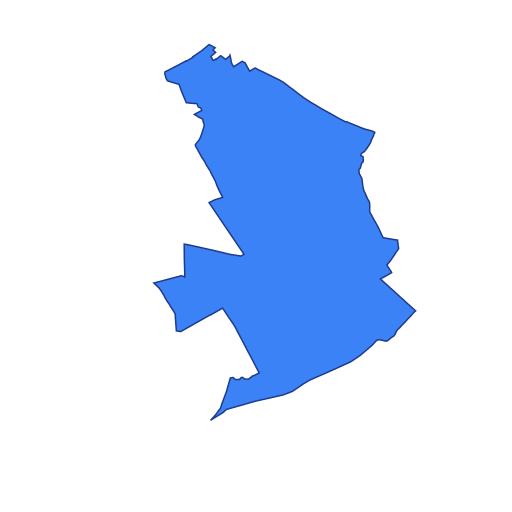 the district of Zacatelco, Tlaxcala, Mexico, rotated 298°
{"feature_id": "50627088B32824075530997", "entity_name": "Zacatelco", "entity_type": "district", "adm_level": 2, "iso_a3": "MEX", "parent_name": "Mexico", "parent_adm1": "Tlaxcala", "projection": "mercator", "projection_center": [-98.258, 19.197], "detail": "fine", "context": "isolated", "style": "filled", "palette": "blue", "viewbox_px": 512, "rotation_deg": 298, "n_neighbors": 0, "source": "geoboundaries", "source_scale": "gbopen_adm2", "svg_char_len": 6053}
<svg xmlns="http://www.w3.org/2000/svg" viewBox="0 0 512 512"><g transform="rotate(298 256 256)"><path d="M165.6,358.0L171.5,361.6L188.6,375.1L207.1,389.3L217.2,394.7L231.6,400.4L238.0,402.1L239.4,403.2L240.4,405.4L241.8,410.8L242.6,411.7L243.9,412.4L247.6,413.8L249.7,415.1L251.3,415.5L253.7,415.5L255.5,415.3L257.6,415.6L260.3,416.6L263.2,417.3L265.3,417.9L267.8,418.7L271.3,419.5L276.1,420.9L280.5,421.9L282.5,422.7L282.6,422.1L282.7,421.8L283.2,420.0L283.3,419.5L283.6,418.2L284.0,416.7L284.7,413.9L284.8,413.3L285.2,411.8L285.6,410.2L286.0,408.8L286.1,408.3L286.2,408.0L286.4,407.4L286.7,405.9L287.0,404.7L287.5,402.6L288.2,400.1L288.8,397.6L289.3,395.7L289.4,395.4L289.8,393.9L290.0,392.9L290.5,391.0L290.9,389.3L291.2,388.0L291.7,386.4L292.0,385.2L292.6,382.5L293.2,380.4L294.1,376.6L295.7,377.6L297.8,379.1L299.6,380.2L302.4,382.0L305.0,383.6L305.4,383.1L306.3,381.5L306.6,381.0L307.3,379.6L308.0,378.4L308.2,377.9L308.8,376.9L309.2,376.1L309.7,375.8L310.6,376.0L312.9,376.5L313.7,376.7L314.4,376.8L315.5,377.0L317.2,377.2L318.5,377.3L320.2,377.5L321.5,377.7L323.1,377.8L324.5,377.9L325.6,378.0L326.8,378.2L327.7,378.3L328.9,378.4L329.7,378.4L330.6,377.7L332.8,376.0L333.2,375.8L333.8,375.4L336.2,373.6L336.5,373.5L336.4,373.3L335.8,371.5L334.7,368.4L332.9,362.8L331.9,359.7L333.2,357.7L337.0,352.8L338.8,350.3L340.9,347.1L342.1,345.4L342.7,344.2L345.3,340.3L346.5,338.6L347.9,336.2L349.2,335.2L352.4,333.6L353.7,332.9L356.2,331.3L357.2,330.4L357.8,329.5L358.3,328.5L359.1,327.3L361.0,325.0L363.3,322.1L363.9,321.0L367.1,318.1L368.0,317.4L372.2,314.5L373.8,313.3L374.2,313.0L375.2,311.5L376.8,309.2L377.4,308.3L378.2,307.8L380.0,306.7L381.0,306.2L381.4,306.4L382.2,306.8L382.8,306.8L383.4,306.6L385.4,306.2L386.8,305.8L387.6,305.8L389.0,306.3L389.4,306.3L390.1,306.2L391.2,305.7L392.6,304.7L393.3,304.3L394.0,303.7L394.1,303.1L393.7,302.0L393.8,301.4L394.1,301.2L394.6,301.1L395.3,301.0L396.3,301.1L397.6,301.7L398.1,302.1L399.2,302.8L400.6,302.9L402.6,303.2L403.2,303.5L404.6,303.4L405.8,303.7L410.1,303.9L412.4,303.5L417.0,303.3L419.0,302.9L419.9,303.0L420.9,302.9L421.0,302.6L421.0,301.9L420.8,299.7L420.1,296.6L420.1,296.3L420.0,296.1L419.5,294.0L419.2,292.5L418.6,288.4L417.8,280.3L417.3,275.5L417.1,272.9L417.0,272.6L416.9,272.5L416.4,271.6L416.5,270.0L416.4,267.5L416.4,263.8L416.7,254.8L416.8,244.1L417.0,241.7L417.1,239.5L417.2,238.4L417.2,237.9L417.4,231.8L417.9,226.5L418.3,223.0L419.4,216.0L420.1,211.9L420.3,210.8L420.9,206.8L420.9,206.2L421.5,203.5L421.6,202.8L422.2,198.6L422.4,194.2L422.2,187.7L422.1,183.5L422.0,180.7L421.8,175.1L421.6,171.4L421.6,169.6L421.6,166.9L420.8,166.4L419.4,165.5L416.2,163.6L417.3,162.0L417.9,161.0L421.4,155.7L421.4,154.1L421.4,152.4L418.1,150.5L412.6,147.4L414.2,144.8L415.0,143.8L416.1,142.7L417.1,142.1L420.6,139.2L421.0,138.8L420.4,138.9L415.4,136.9L416.3,131.0L416.2,130.8L415.1,130.3L413.3,129.5L412.4,129.1L410.9,128.5L411.1,128.1L408.5,126.5L409.2,125.3L410.2,123.9L411.0,122.4L416.8,124.8L417.7,121.2L420.7,122.2L420.7,118.3L420.7,116.6L420.7,115.4L419.7,114.9L415.5,113.2L413.3,112.3L411.2,111.4L406.6,109.0L402.2,106.6L401.9,107.0L395.7,103.4L395.7,102.8L392.5,100.7L388.2,97.8L386.5,96.6L385.3,95.7L383.0,94.2L382.0,93.5L378.7,91.3L376.7,89.7L376.1,89.3L375.5,89.4L374.9,89.5L374.1,89.9L371.3,92.6L370.3,93.6L369.7,94.7L369.1,95.5L369.2,96.0L369.2,96.3L369.4,97.3L370.1,101.0L371.0,105.3L371.2,106.5L371.4,107.2L371.5,107.5L370.9,108.0L366.1,113.3L365.3,114.3L365.1,114.5L363.1,117.0L358.6,122.5L359.4,124.4L360.4,126.9L361.5,129.5L361.8,130.0L362.2,130.9L362.5,131.7L362.8,132.2L360.5,135.2L360.5,135.4L360.7,137.4L360.6,137.7L360.5,138.1L360.0,138.8L359.1,139.8L353.2,135.8L352.4,135.3L352.1,135.1L351.7,140.8L351.8,143.5L351.8,144.5L351.8,144.9L350.5,145.6L347.8,148.5L345.9,149.3L343.4,149.8L341.2,150.2L337.9,150.8L335.5,151.1L334.7,151.2L331.7,151.3L329.3,150.8L328.4,150.6L326.7,150.3L325.6,150.2L324.9,150.8L324.1,151.8L323.4,153.2L321.4,156.0L320.5,157.5L318.8,160.1L317.7,161.6L316.8,163.7L316.3,164.3L315.2,166.4L312.6,170.1L311.7,171.9L310.8,173.1L310.2,174.8L307.9,177.7L307.0,179.0L305.1,181.9L304.0,183.5L303.5,184.2L302.9,185.1L300.6,187.6L298.2,190.5L295.6,194.0L292.1,199.0L291.3,198.2L286.1,193.1L281.1,189.5L266.0,217.9L251.9,244.6L249.5,243.2L248.9,242.7L245.3,232.5L241.4,217.3L234.0,190.6L232.8,187.0L219.2,194.4L217.6,195.3L208.0,200.8L204.1,202.9L203.9,200.9L203.4,199.2L184.2,178.5L182.1,185.9L181.6,186.8L181.4,187.0L180.7,188.6L180.2,189.5L179.9,189.9L179.5,190.7L177.6,193.8L176.9,194.5L174.1,199.2L172.1,203.2L171.5,203.8L169.1,208.3L166.8,212.0L164.8,213.1L158.1,217.3L155.1,219.2L152.5,220.8L153.9,225.0L176.2,239.2L177.0,239.7L182.6,243.3L182.7,243.7L183.0,243.8L184.3,244.6L184.9,245.0L185.5,245.4L186.0,245.7L186.4,245.9L186.7,246.2L187.1,246.4L187.3,246.6L187.7,246.8L188.0,247.0L188.3,247.2L188.6,247.4L188.9,247.5L189.2,247.7L189.5,247.9L189.8,248.1L190.1,248.3L190.4,248.5L190.6,248.7L190.9,248.9L191.3,249.1L191.6,249.2L191.9,249.4L192.2,249.6L192.5,249.8L192.8,250.0L193.1,250.1L193.4,250.4L193.7,250.5L194.0,250.7L194.3,251.0L189.5,259.8L189.3,260.2L184.6,269.1L184.2,269.7L183.8,270.5L183.4,271.0L182.9,271.7L182.5,272.4L182.1,273.0L181.6,273.6L181.2,274.2L180.8,274.8L180.4,275.4L180.0,276.0L179.6,276.5L179.4,276.8L179.0,277.4L178.6,278.1L178.1,278.8L176.7,280.8L176.2,281.6L175.7,282.4L175.1,283.2L174.6,284.0L174.1,284.7L173.6,285.5L173.1,286.2L172.6,286.8L172.1,287.6L171.6,288.3L171.1,289.0L170.7,289.7L170.2,290.3L169.8,290.9L169.4,291.5L169.0,292.1L168.5,292.8L168.1,293.4L167.6,294.1L166.9,295.1L166.4,296.0L164.9,298.2L154.2,313.7L152.8,312.7L149.4,310.3L148.1,309.0L147.2,308.8L145.5,307.9L144.5,307.6L143.7,307.1L142.2,304.1L142.1,303.9L142.1,303.3L142.5,301.6L142.4,300.8L141.8,300.1L141.2,299.8L139.8,299.7L139.5,299.6L137.4,296.2L137.3,295.6L137.3,295.2L137.7,294.0L138.0,292.8L136.3,290.6L124.8,293.0L123.7,293.4L109.2,295.3L105.0,296.1L102.0,295.6L98.2,295.1L94.2,294.3L89.6,293.0L93.2,295.0L102.3,300.4L106.6,301.9L127.4,323.5L146.3,345.4L153.7,351.8L165.6,358.0Z" fill="#3b82f6" stroke="#1e3a8a" stroke-width="1.5"/></g></svg>